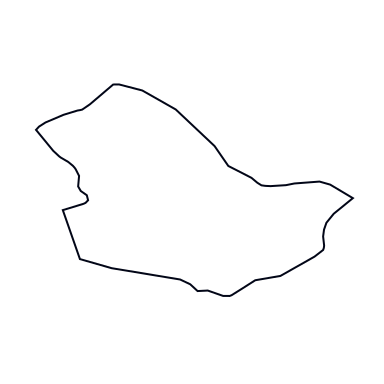 the border of Sacatepéquez, rotated 95°
{"feature_id": "GTM-1953", "entity_name": "Sacatepéquez", "entity_type": "Department", "adm_level": 1, "iso_a3": "GTM", "parent_name": "Guatemala", "parent_adm1": "", "projection": "natural_earth1", "projection_center": [-90.754, 14.591], "detail": "fine", "context": "isolated", "style": "outline", "palette": "ink", "viewbox_px": 384, "rotation_deg": 95, "n_neighbors": 0, "source": "natural_earth", "source_scale": "10m", "svg_char_len": 878}
<svg xmlns="http://www.w3.org/2000/svg" viewBox="0 0 384 384"><g transform="rotate(95 192 192)"><path d="M91.9,280.0L91.7,279.1L91.2,274.1L95.2,250.4L111.2,215.4L144.3,173.5L162.9,158.1L172.7,134.0L177.1,127.7L179.3,123.4L179.5,119.6L179.3,114.3L177.0,99.0L174.6,90.8L170.5,65.9L172.6,55.0L184.1,31.2L201.3,48.9L210.9,55.4L218.0,57.2L224.9,57.5L233.9,55.7L236.2,55.8L238.3,56.3L245.7,64.3L267.9,96.6L274.4,121.3L284.3,134.2L291.4,143.6L292.3,145.5L292.8,152.0L288.8,167.7L290.2,177.8L284.1,185.7L280.2,196.2L274.9,265.4L268.6,297.8L221.3,319.1L213.2,299.0L212.1,297.1L209.3,294.8L204.4,296.5L200.7,302.9L196.4,305.9L185.8,305.9L179.4,309.9L178.0,311.1L176.3,312.9L172.8,318.0L169.2,325.6L168.1,327.4L163.1,333.8L143.7,352.8L140.2,350.1L135.5,344.0L126.3,326.7L120.8,313.1L120.2,310.7L119.5,308.6L113.6,301.4L91.9,280.0Z" fill="none" stroke="#020617" stroke-width="2"/></g></svg>